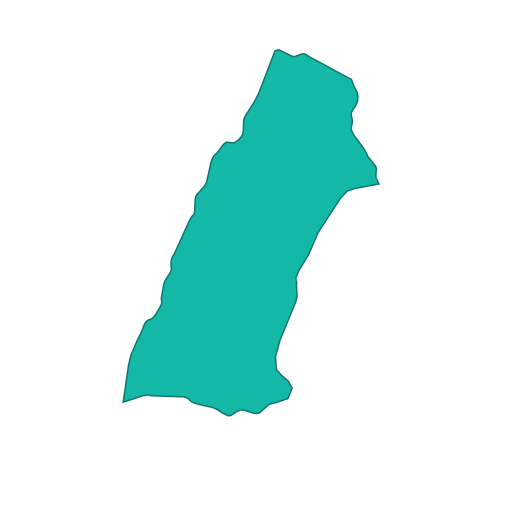 outline of Phatthalung, rotated 39°
{"feature_id": "THA-383", "entity_name": "Phatthalung", "entity_type": "Province", "adm_level": 1, "iso_a3": "THA", "parent_name": "Thailand", "parent_adm1": "", "projection": "equal_earth", "projection_center": [100.024, 7.498], "detail": "fine", "context": "isolated", "style": "filled", "palette": "teal", "viewbox_px": 512, "rotation_deg": 39, "n_neighbors": 0, "source": "natural_earth", "source_scale": "10m", "svg_char_len": 1978}
<svg xmlns="http://www.w3.org/2000/svg" viewBox="0 0 512 512"><g transform="rotate(39 256 256)"><path d="M306.2,122.6L290.2,141.5L286.0,148.3L285.3,157.7L289.5,198.6L296.0,221.8L298.4,239.7L300.6,247.9L304.7,251.4L305.6,253.0L313.3,261.6L315.0,264.8L315.9,267.2L327.7,306.5L334.4,321.8L343.1,331.3L351.0,332.7L360.0,332.9L367.3,336.1L370.4,346.5L370.4,347.3L369.7,347.9L363.6,357.7L361.4,360.4L360.3,361.9L359.5,363.5L359.1,365.2L357.7,374.5L357.2,376.1L355.7,377.9L353.4,379.5L343.0,383.7L341.4,384.9L339.6,387.7L338.6,389.8L337.1,395.1L336.2,396.6L334.7,397.8L327.8,399.3L326.5,399.3L320.8,400.1L317.7,401.0L303.7,407.9L299.4,409.4L296.5,410.0L295.1,409.6L293.7,409.5L289.5,410.2L262.3,430.7L259.8,431.5L255.9,436.0L244.8,453.2L225.6,421.0L221.2,411.8L216.8,396.3L215.0,387.8L212.3,379.5L211.9,377.5L211.9,375.9L212.2,374.3L212.8,373.1L214.3,370.6L214.8,368.1L214.8,364.5L213.8,357.2L213.0,353.7L212.1,351.4L209.8,349.3L208.5,347.6L202.4,336.5L201.3,333.9L200.6,331.1L199.9,323.6L199.3,321.2L198.5,319.4L195.6,316.4L193.2,313.3L192.1,311.1L191.5,308.9L191.5,307.1L182.1,270.8L181.2,265.9L181.6,263.7L181.3,262.1L180.7,260.7L172.9,249.9L171.7,247.4L171.3,245.1L171.7,240.9L171.9,233.7L171.5,231.3L171.0,229.3L161.9,211.3L160.8,207.6L160.2,204.7L160.8,201.1L160.9,199.2L160.5,191.2L160.6,189.2L160.9,187.4L161.5,186.1L162.5,185.2L166.0,183.3L167.0,182.5L167.9,181.4L168.6,179.7L169.2,177.3L169.5,173.1L169.2,170.6L168.6,168.8L168.0,167.6L161.2,158.5L160.2,156.5L159.7,154.5L157.7,137.6L155.8,128.1L141.6,84.4L144.1,81.3L158.1,78.1L160.3,77.0L161.1,75.8L163.2,72.1L165.5,68.9L167.2,68.1L169.3,67.8L171.8,67.7L219.1,58.8L224.9,62.2L231.8,65.2L234.5,67.6L236.9,70.8L237.5,72.1L238.6,74.9L238.9,76.6L239.1,78.5L239.2,80.5L239.4,82.4L239.8,84.1L240.4,85.4L241.3,86.5L245.4,89.8L247.0,92.0L249.8,97.3L252.0,98.7L255.6,100.3L273.3,105.0L280.5,108.3L292.1,110.8L293.8,111.8L295.3,113.2L297.3,116.6L300.2,119.8L306.2,122.6Z" fill="#14b8a6" stroke="#0f766e" stroke-width="1.5"/></g></svg>